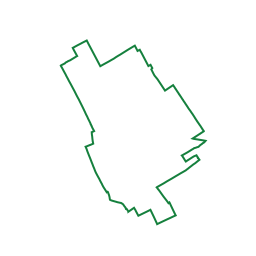 Celaru, Dolj, Romania, rotated 316°
{"feature_id": "2599482B43733075119121", "entity_name": "Celaru", "entity_type": "district", "adm_level": 2, "iso_a3": "ROU", "parent_name": "Romania", "parent_adm1": "Dolj", "projection": "mercator", "projection_center": [24.129, 44.049], "detail": "fine", "context": "isolated", "style": "outline", "palette": "green", "viewbox_px": 256, "rotation_deg": 316, "n_neighbors": 0, "source": "geoboundaries", "source_scale": "gbopen_adm2", "svg_char_len": 5198}
<svg xmlns="http://www.w3.org/2000/svg" viewBox="0 0 256 256"><g transform="rotate(316 128 128)"><path d="M101.6,224.0L102.0,222.6L103.6,217.8L104.8,214.2L106.0,210.7L106.1,210.3L104.9,210.2L105.3,207.6L105.9,202.1L106.4,198.7L107.0,194.7L107.2,192.3L107.4,191.3L107.4,190.6L107.5,190.6L112.9,192.0L115.2,192.6L118.9,193.4L124.0,194.7L129.6,196.0L131.2,196.4L134.2,197.1L137.3,197.9L140.1,198.6L141.4,198.7L142.7,198.9L144.2,199.0L146.9,199.3L149.8,199.6L151.9,200.0L154.4,200.2L155.5,200.3L157.3,200.5L157.6,198.5L157.8,197.6L157.6,197.6L157.9,196.8L158.3,195.2L155.8,194.2L155.5,194.1L155.0,194.0L153.1,193.6L149.9,193.0L148.1,192.6L146.8,192.4L146.3,192.3L146.4,191.6L146.6,190.6L147.2,187.9L147.7,185.3L147.7,185.2L148.7,185.5L149.6,185.7L151.1,186.1L153.0,186.6L154.7,187.0L157.0,187.5L159.0,187.9L160.9,188.4L161.5,188.4L161.8,188.5L162.2,188.8L162.9,189.2L164.3,189.8L165.6,190.5L168.1,190.5L168.7,190.6L169.9,190.8L171.4,190.9L172.4,191.2L173.3,191.2L174.1,191.2L174.9,191.1L173.4,189.0L170.2,184.7L168.2,182.1L167.7,181.4L167.2,180.5L170.3,181.1L180.2,183.0L180.3,183.0L180.4,182.8L180.5,182.4L180.5,181.9L180.6,181.5L180.6,181.2L180.7,180.7L180.8,180.6L180.8,180.1L180.9,179.8L180.9,179.7L181.0,179.3L181.1,179.1L181.1,178.7L181.2,178.4L181.3,178.0L181.3,177.9L181.3,177.7L181.6,176.5L181.6,175.9L181.7,175.6L181.7,175.4L181.8,175.1L181.8,174.9L181.8,174.7L181.9,174.4L182.0,173.9L182.1,172.9L182.2,172.7L182.2,172.4L182.3,172.0L182.3,171.8L182.3,171.6L182.4,171.1L182.5,171.0L182.5,170.6L182.7,169.8L182.7,169.7L182.8,169.1L182.9,168.6L183.0,168.3L183.0,168.1L183.1,167.9L183.1,167.4L183.2,167.2L183.3,166.8L183.3,166.6L183.4,166.2L183.5,166.0L183.7,164.8L184.0,163.3L184.1,162.7L184.2,162.4L184.2,162.0L184.2,161.9L184.3,161.4L184.4,160.9L184.4,160.7L184.7,159.2L184.8,158.4L184.9,157.6L185.2,155.5L185.4,154.9L185.4,154.6L185.5,154.2L185.6,153.9L185.6,153.7L185.7,153.3L185.7,153.0L185.7,152.9L185.8,152.7L185.8,152.4L185.9,152.2L185.9,151.9L186.0,151.7L186.1,151.2L186.1,150.7L186.3,149.9L186.4,149.4L186.5,149.0L186.6,148.1L186.6,147.9L186.7,147.6L186.8,147.0L186.9,146.4L187.0,146.1L187.1,145.9L187.2,144.7L187.3,144.3L187.7,142.5L187.7,142.2L187.9,141.3L187.9,141.0L188.0,140.8L188.0,140.6L188.1,140.1L188.1,139.8L188.2,139.7L188.2,139.3L188.2,139.2L188.3,139.1L188.3,138.9L188.3,138.7L188.4,138.4L188.5,138.0L188.6,137.4L188.6,137.2L188.7,136.9L188.7,136.6L188.9,135.9L188.9,135.6L189.1,134.6L189.2,134.1L189.3,133.5L189.3,133.3L189.4,133.2L189.4,132.9L189.6,131.9L189.6,131.7L189.7,131.4L189.8,131.0L190.2,128.5L180.6,126.8L181.5,122.0L181.9,119.9L183.1,113.4L183.4,109.7L183.5,108.6L184.2,106.1L184.5,105.2L185.5,102.0L187.1,101.8L187.5,100.2L188.1,98.2L185.7,97.6L187.7,90.8L190.0,83.0L190.4,81.2L190.8,79.9L189.5,79.5L188.4,79.2L188.5,78.9L189.5,75.6L190.1,73.5L187.7,72.9L182.0,71.6L175.8,70.3L173.4,69.8L171.4,69.3L168.7,68.7L165.7,68.2L164.3,67.8L160.3,66.8L154.1,65.1L151.0,64.3L156.9,43.9L157.8,40.7L159.1,36.4L154.2,34.9L152.7,34.5L149.0,33.4L143.9,32.0L143.2,34.3L141.4,40.9L141.1,40.8L140.7,40.7L137.9,40.1L134.8,39.4L133.4,39.1L132.1,38.6L131.0,38.2L130.6,38.2L129.3,37.8L128.6,37.6L128.4,37.6L127.6,37.7L126.2,37.3L124.0,36.6L123.0,36.4L122.9,36.6L122.2,39.4L121.3,42.5L120.3,46.2L119.7,48.0L118.8,51.3L118.4,52.5L118.1,53.6L117.7,55.1L117.3,56.6L116.1,60.8L115.2,64.0L113.6,69.1L113.0,71.2L112.5,73.1L111.8,75.3L110.1,80.7L108.9,84.4L108.6,85.2L108.2,86.5L107.7,87.8L107.1,89.6L106.7,91.0L106.4,91.9L106.0,93.0L105.7,93.8L105.2,95.5L104.7,97.0L104.4,98.0L104.0,99.0L103.8,99.2L103.8,99.4L103.7,99.6L103.7,99.9L103.7,100.0L103.4,100.5L103.3,100.9L103.3,101.0L103.2,101.1L103.2,101.4L102.9,102.0L102.7,102.6L102.5,103.1L101.5,106.7L100.8,106.5L99.0,105.8L98.6,106.3L97.9,107.1L97.0,108.3L96.6,108.9L95.1,110.8L94.7,111.3L93.9,112.4L93.4,113.0L93.1,113.6L92.6,114.3L92.1,115.1L91.8,115.0L91.0,114.7L90.2,114.4L89.7,114.2L89.2,114.0L88.9,113.9L88.4,113.6L88.0,113.5L87.1,113.1L86.5,112.9L86.2,112.8L85.8,112.6L85.1,112.3L84.5,112.0L84.3,112.5L83.6,114.4L82.6,116.5L80.8,120.8L79.9,123.1L78.0,127.6L77.2,129.6L76.4,131.4L75.6,133.5L74.7,135.6L74.3,136.6L73.8,138.0L73.6,138.8L73.3,139.7L72.9,141.2L72.7,141.9L72.4,143.0L72.2,143.8L72.0,144.6L71.7,145.5L71.4,146.3L71.1,147.4L70.6,149.1L70.4,150.0L70.0,151.0L69.6,152.4L69.2,153.9L68.9,155.5L68.4,157.9L68.1,159.4L68.3,159.4L68.6,159.5L69.0,159.6L69.1,159.9L68.8,160.7L68.4,161.6L68.0,162.4L67.8,163.0L67.5,163.5L66.7,164.9L65.9,166.0L65.3,166.9L65.2,167.1L65.2,167.3L65.4,167.6L65.6,168.3L65.9,168.9L66.2,169.4L66.7,170.3L67.3,171.3L67.5,171.6L67.7,172.0L68.3,173.0L68.7,173.8L70.7,176.8L70.9,177.0L71.0,177.2L71.0,177.4L71.0,177.6L71.0,177.8L71.2,178.2L71.3,178.3L71.4,178.7L71.4,178.9L71.4,179.1L71.4,179.7L71.3,180.5L71.1,181.5L71.0,182.4L71.0,182.9L70.9,183.5L70.8,183.8L70.7,183.9L70.6,184.1L70.5,184.4L70.4,184.6L70.7,184.7L70.7,185.3L70.8,185.4L70.8,185.5L70.7,185.8L70.7,186.2L70.5,186.9L70.4,187.4L70.4,187.6L70.3,188.1L70.3,188.4L70.2,188.5L76.9,189.6L76.3,192.2L75.8,193.7L75.5,194.8L75.1,196.2L74.5,198.3L84.3,201.5L85.9,202.0L87.3,202.4L86.7,204.3L85.1,209.1L84.6,210.6L82.3,217.2L82.2,217.4L85.6,218.5L92.7,220.9L96.1,222.1L99.4,223.2L101.6,224.0Z" fill="none" stroke="#15803d" stroke-width="2"/></g></svg>